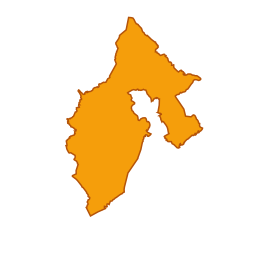 Ejutla, Jalisco, Mexico, rotated 304°
{"feature_id": "50627088B36966342842371", "entity_name": "Ejutla", "entity_type": "district", "adm_level": 2, "iso_a3": "MEX", "parent_name": "Mexico", "parent_adm1": "Jalisco", "projection": "mercator", "projection_center": [-104.07, 19.901], "detail": "fine", "context": "isolated", "style": "filled", "palette": "amber", "viewbox_px": 256, "rotation_deg": 304, "n_neighbors": 0, "source": "geoboundaries", "source_scale": "gbopen_adm2", "svg_char_len": 5885}
<svg xmlns="http://www.w3.org/2000/svg" viewBox="0 0 256 256"><g transform="rotate(304 128 128)"><path d="M220.0,66.7L208.3,71.6L200.4,69.3L199.8,69.3L199.1,69.8L196.9,70.3L191.8,70.3L190.8,71.1L189.7,73.1L189.0,73.8L188.6,75.1L185.5,75.9L185.2,75.7L184.2,76.3L183.2,76.3L181.7,77.0L181.5,77.3L180.9,77.2L180.1,77.6L179.5,77.7L178.8,78.7L178.0,79.0L177.6,78.7L177.1,79.0L174.6,82.5L160.7,83.7L159.7,84.7L157.4,83.7L153.6,84.1L152.5,82.8L152.2,82.1L149.0,80.5L148.5,79.5L147.7,79.5L146.2,80.7L145.6,80.7L144.8,80.3L145.0,79.5L143.5,78.6L143.1,78.0L141.5,77.2L139.3,77.5L138.7,77.1L137.6,76.7L135.8,74.8L135.0,74.7L135.0,74.4L134.4,74.1L134.6,73.4L135.1,73.4L134.6,72.9L132.6,72.6L132.1,73.2L131.2,72.7L130.8,71.1L131.3,70.0L131.3,68.8L132.0,66.5L131.9,65.8L131.1,65.8L130.7,66.1L129.9,68.3L128.7,70.5L128.2,71.2L126.7,71.9L126.3,73.1L125.6,73.5L125.3,73.0L124.2,72.5L122.8,73.7L121.8,73.2L120.4,74.2L120.3,74.6L120.0,74.0L118.9,74.6L118.0,76.0L117.5,75.7L116.7,74.5L115.8,74.0L115.4,74.5L114.4,74.9L114.0,75.8L113.5,76.2L112.2,76.0L111.8,75.4L107.2,76.3L106.5,75.9L105.3,75.8L104.2,75.0L103.5,75.0L103.1,74.1L102.0,73.7L101.7,72.5L101.3,72.4L100.9,73.4L101.1,74.1L100.5,74.5L100.2,74.3L99.7,74.4L99.9,75.1L99.8,75.3L99.0,74.8L98.2,75.5L98.5,77.2L98.0,77.5L97.8,79.3L97.1,79.9L97.6,81.7L97.6,83.5L97.2,84.3L97.6,85.7L97.0,85.9L96.7,86.4L95.7,85.4L95.6,85.9L93.7,86.7L93.7,87.3L92.5,87.2L92.1,87.3L90.3,85.9L89.2,85.3L89.1,85.0L88.6,85.1L88.2,84.6L87.3,84.6L87.1,85.3L84.1,84.2L83.6,84.5L82.7,84.1L80.3,86.5L79.3,87.2L78.8,86.4L78.6,86.4L78.4,87.0L76.5,88.9L75.7,90.2L74.4,92.8L74.6,93.5L75.5,94.4L75.7,99.4L74.4,100.5L73.1,100.9L72.1,100.7L71.8,100.8L71.6,101.2L71.7,103.8L70.9,105.6L70.1,106.1L70.0,107.0L63.7,108.8L61.0,110.7L57.5,108.6L56.8,109.0L56.6,113.3L56.2,115.4L54.2,121.6L53.3,123.2L53.5,124.1L51.6,129.6L51.1,129.9L50.3,132.4L49.0,133.1L48.8,133.8L49.1,134.8L48.8,135.3L47.6,135.8L46.9,135.7L46.1,135.1L45.1,135.5L44.0,135.5L43.7,135.7L43.6,136.2L42.8,137.3L42.2,137.6L41.3,137.4L39.2,138.1L38.8,137.8L34.1,146.1L41.7,150.0L48.6,154.3L49.0,152.8L49.9,152.3L50.6,154.5L51.3,154.6L51.9,153.8L53.3,153.2L54.0,154.0L54.0,155.1L57.4,154.3L58.4,155.4L59.0,155.7L60.2,155.6L61.0,156.2L63.2,156.7L63.7,157.1L67.8,158.5L69.6,159.3L69.9,159.7L71.8,160.1L72.8,160.7L74.9,159.1L77.2,158.0L90.7,153.1L108.2,153.2L108.3,153.0L117.3,150.7L124.2,147.9L125.4,147.9L126.7,147.0L127.9,147.1L128.7,146.4L129.7,146.1L130.0,146.2L130.0,146.6L130.8,147.1L131.3,146.4L132.4,146.6L132.8,147.5L132.2,149.0L132.7,149.7L134.8,150.4L135.9,150.4L135.4,146.7L136.0,144.7L136.7,144.7L136.6,145.1L137.1,145.6L139.6,145.3L139.9,145.1L140.7,145.3L142.4,144.7L143.2,144.1L144.3,142.8L144.7,141.4L144.2,141.0L144.0,140.0L145.9,137.6L146.1,136.9L145.8,136.2L144.7,134.7L142.7,133.5L140.7,133.3L140.3,132.5L140.4,131.9L142.5,130.1L143.3,129.0L143.6,124.8L144.6,122.9L144.7,121.5L146.0,120.2L146.1,119.8L147.8,118.9L149.5,119.0L151.7,119.9L152.6,119.4L152.8,117.6L152.5,115.6L153.5,114.7L154.6,114.7L155.1,114.5L155.7,113.1L156.8,112.0L156.9,111.6L156.5,109.4L157.0,108.0L157.6,108.2L161.6,110.1L162.9,111.1L163.7,113.2L164.2,113.5L164.4,114.0L165.3,114.0L165.6,114.4L165.7,114.9L165.3,115.8L165.9,116.4L166.4,117.6L167.8,118.8L168.6,119.1L168.7,120.1L169.4,121.7L167.0,124.9L166.5,127.1L166.1,127.7L166.0,129.0L165.7,129.9L165.1,130.8L163.1,132.6L164.1,132.9L164.4,133.5L166.3,133.1L167.2,133.8L168.0,133.8L168.3,134.4L168.8,134.5L168.7,135.0L169.2,134.9L169.5,135.6L169.1,137.5L169.5,137.9L164.4,141.1L158.3,143.8L157.9,144.3L157.4,143.9L157.6,145.3L158.3,146.9L158.1,147.9L157.9,148.0L157.4,147.5L155.6,146.9L156.0,147.7L155.3,148.1L154.5,149.5L153.4,150.5L152.0,152.7L152.7,152.7L153.0,154.0L151.6,158.0L150.6,160.0L149.5,161.4L146.9,163.9L146.2,165.1L141.7,162.9L141.1,162.9L140.6,164.4L140.1,164.5L140.0,165.0L140.4,165.2L140.2,165.7L140.3,166.5L139.1,166.7L139.5,167.7L139.1,168.6L139.4,169.3L140.9,171.5L139.7,173.3L139.9,175.5L139.1,179.7L139.5,180.9L140.7,181.7L140.9,181.2L140.8,181.9L141.0,180.9L141.9,180.9L142.3,180.3L143.0,180.1L143.4,180.2L143.6,180.0L144.3,180.2L143.8,180.9L143.2,180.9L143.2,181.3L144.4,182.3L144.4,182.5L145.3,183.0L146.1,183.1L146.3,182.8L147.8,182.8L147.8,182.6L151.3,183.2L152.4,183.9L157.9,185.2L158.0,185.9L158.3,186.4L159.7,186.8L159.6,187.6L160.6,188.1L161.1,186.9L162.1,188.1L163.3,188.3L164.7,187.9L164.9,188.1L164.0,189.3L165.3,189.4L166.2,189.9L168.0,190.2L169.1,190.1L169.6,189.8L169.2,188.0L169.3,186.8L170.2,185.8L171.8,184.9L171.6,184.3L171.7,183.8L173.0,182.2L173.6,180.6L173.6,179.8L174.5,178.8L174.6,178.3L175.4,177.3L175.7,176.2L175.6,175.2L175.1,174.7L172.7,174.1L172.4,173.8L170.0,169.1L174.9,163.7L180.2,150.5L180.6,149.7L181.1,149.3L183.1,150.0L184.4,151.4L186.7,151.6L186.7,152.3L187.2,152.9L188.0,153.1L189.8,154.8L190.5,155.1L192.4,154.9L193.8,155.8L199.8,155.9L201.9,156.2L203.9,155.7L205.4,156.2L206.4,158.0L207.0,160.1L208.4,161.0L209.2,161.0L209.6,160.6L209.8,159.9L209.9,156.3L209.5,155.3L208.9,154.5L208.6,153.1L207.8,151.7L207.9,150.9L207.7,149.7L206.3,147.5L204.8,146.9L204.1,146.3L203.3,144.9L203.3,144.1L203.5,143.8L204.4,145.2L205.0,144.4L204.9,143.8L205.5,142.5L205.1,141.0L205.5,140.8L205.7,140.0L205.1,139.3L202.7,138.5L202.7,137.6L203.5,132.9L203.8,132.2L205.3,130.9L206.4,130.6L205.4,130.4L204.4,129.1L205.3,128.7L206.2,127.6L206.5,126.5L205.7,125.4L205.8,124.8L206.6,123.4L207.8,122.2L208.3,120.8L208.2,118.9L209.2,118.9L208.9,118.3L209.5,117.1L208.9,116.2L206.4,114.5L206.4,113.0L206.8,111.8L206.5,110.1L207.1,109.6L206.5,108.1L207.3,107.9L207.6,107.4L208.2,107.1L208.9,107.1L210.5,107.7L212.1,107.8L212.9,106.2L213.2,106.4L213.5,104.5L214.0,104.2L214.0,103.0L214.6,102.7L214.3,101.4L214.5,97.9L215.5,92.3L215.0,92.1L214.9,89.6L215.9,88.1L215.9,86.8L216.2,86.0L218.1,83.5L219.1,79.1L219.4,78.6L219.3,77.3L219.0,76.7L220.0,74.4L221.2,72.5L221.9,70.6L221.2,68.8L220.0,66.7Z" fill="#f59e0b" stroke="#b45309" stroke-width="1.5"/></g></svg>